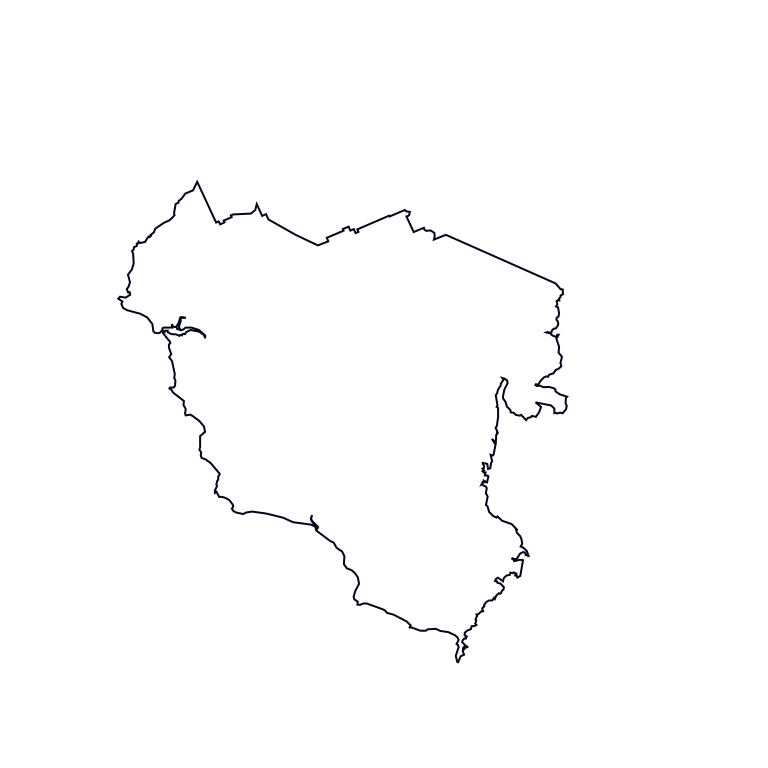 the district of George Town, Tasmania, Australia, rotated 236°
{"feature_id": "25037944B54594589896924", "entity_name": "George Town", "entity_type": "district", "adm_level": 2, "iso_a3": "AUS", "parent_name": "Australia", "parent_adm1": "Tasmania", "projection": "robinson", "projection_center": [146.946, -41.12], "detail": "fine", "context": "isolated", "style": "outline", "palette": "ink", "viewbox_px": 768, "rotation_deg": 236, "n_neighbors": 0, "source": "geoboundaries", "source_scale": "gbopen_adm2", "svg_char_len": 6166}
<svg xmlns="http://www.w3.org/2000/svg" viewBox="0 0 768 768"><g transform="rotate(236 384 384)"><path d="M606.5,223.8L602.9,223.1L602.3,224.5L599.9,223.5L600.1,218.1L604.0,213.9L603.3,211.4L598.7,213.3L597.2,211.0L592.9,210.2L588.7,212.4L578.7,221.1L571.7,224.9L563.2,225.5L556.8,222.3L554.7,222.6L552.5,225.0L551.8,227.0L552.7,230.3L554.1,231.5L553.8,233.1L549.1,240.1L550.0,240.6L550.3,239.7L550.5,240.8L552.4,241.6L549.4,241.3L547.5,243.4L549.7,248.3L552.9,251.9L553.0,253.2L550.9,255.7L549.6,256.6L552.6,252.4L549.9,250.7L546.2,246.0L543.7,245.7L545.9,243.7L545.5,243.2L542.1,245.7L541.4,248.1L541.7,251.0L538.4,255.9L532.3,260.8L524.2,262.9L521.9,261.3L525.2,262.2L530.9,259.9L537.0,253.8L537.6,249.1L536.6,246.9L538.1,245.2L537.3,243.6L538.7,242.3L538.4,241.2L541.4,239.4L544.3,235.6L547.9,233.7L549.2,234.5L551.1,231.3L550.0,231.0L550.7,230.5L549.9,229.2L538.3,230.2L537.4,229.7L537.0,227.8L534.4,226.0L527.8,224.3L526.3,220.8L521.6,221.1L509.4,216.2L506.3,213.5L503.5,213.0L499.3,209.7L498.7,207.7L500.8,204.4L500.3,203.6L497.6,204.6L495.0,204.3L481.8,208.6L478.6,206.0L474.0,205.6L471.0,202.7L468.9,202.0L466.9,206.3L464.4,207.5L456.7,210.2L449.5,211.0L444.4,208.9L443.6,202.4L434.4,196.2L432.8,194.2L429.6,194.2L427.1,192.1L424.8,191.5L421.1,194.0L415.3,196.1L401.3,197.6L399.7,194.6L397.2,192.9L397.0,191.6L394.3,188.7L392.8,188.7L390.4,184.3L388.3,183.0L388.4,184.8L382.5,184.2L381.1,186.5L378.0,189.0L374.2,190.8L368.7,191.2L366.6,190.3L365.7,188.1L362.6,188.2L360.1,189.6L354.8,194.7L354.7,197.5L351.9,203.4L342.4,214.0L329.7,225.5L320.3,231.3L308.1,245.0L301.9,248.3L302.8,249.0L308.0,247.4L312.4,247.6L313.6,248.4L315.6,251.1L313.0,248.2L310.8,247.8L302.3,249.4L301.3,247.9L303.0,246.9L300.4,245.9L283.7,251.7L280.8,253.6L274.6,253.1L268.6,255.6L263.5,254.9L257.0,250.0L252.1,250.1L247.8,253.0L243.3,254.2L238.4,254.2L232.3,251.6L228.4,244.3L224.5,239.8L222.2,239.0L218.2,240.5L216.0,238.6L214.3,240.6L213.5,244.4L211.6,247.0L198.2,256.8L195.4,258.3L192.6,258.5L187.5,262.9L174.5,270.0L168.9,271.1L167.5,268.4L167.6,269.7L166.6,270.8L159.1,276.2L156.1,280.7L156.2,283.0L152.1,290.0L147.7,292.7L142.3,298.6L136.3,302.2L133.1,303.2L130.1,302.8L127.8,298.7L126.1,299.4L124.2,298.8L118.5,291.5L112.5,289.3L111.9,289.9L115.4,295.2L114.8,299.0L118.4,299.9L120.2,301.5L119.3,302.3L120.2,303.6L119.3,305.3L119.3,307.0L120.7,303.5L120.1,302.5L120.9,302.2L121.6,304.4L120.9,305.5L126.4,304.4L127.6,306.1L128.1,308.5L127.2,309.4L128.4,311.4L130.5,310.3L132.6,311.9L133.0,315.4L132.2,319.0L134.2,321.2L132.7,323.9L132.6,325.9L134.4,325.7L136.2,328.1L137.6,328.2L139.7,331.5L141.2,331.8L140.4,333.4L141.1,337.6L140.2,339.1L143.1,339.9L143.6,342.8L144.6,343.1L146.0,346.6L146.0,349.5L144.0,352.9L145.2,355.7L143.8,355.7L145.7,358.6L146.4,362.1L145.2,362.8L145.2,364.0L146.6,366.2L146.8,368.0L148.5,369.8L153.5,368.9L155.7,366.9L157.3,367.3L158.5,365.9L159.6,367.1L159.9,369.7L159.3,370.4L153.9,372.3L156.1,374.8L156.7,378.4L155.4,381.8L157.0,383.2L155.1,385.1L155.3,386.2L152.6,387.7L151.6,387.1L152.5,385.0L150.8,386.8L148.9,386.3L148.7,389.7L160.2,400.7L162.3,398.4L164.3,392.9L167.2,393.1L167.8,391.8L167.6,393.3L166.5,393.4L165.1,395.6L165.1,397.1L167.3,402.0L166.8,405.5L165.5,406.5L162.9,405.9L160.7,407.7L165.7,409.0L170.4,408.0L172.8,406.4L174.3,409.3L178.7,411.3L181.8,411.8L185.8,411.0L190.4,412.2L187.9,413.0L196.5,411.5L204.5,405.5L210.8,404.0L210.3,402.6L213.3,400.8L219.1,399.6L224.7,401.4L226.7,400.9L232.7,407.0L236.5,407.4L240.2,410.9L241.9,411.2L244.1,409.6L246.2,409.9L246.2,408.7L247.7,411.1L246.4,412.3L247.8,412.9L244.9,414.4L249.0,418.9L250.0,418.8L251.8,416.5L253.8,418.7L254.6,417.3L256.5,416.9L256.3,418.6L258.8,418.3L258.5,419.8L259.8,421.0L264.2,421.8L262.2,422.1L261.6,423.7L259.9,424.9L255.4,422.7L254.7,425.0L258.5,428.5L259.6,430.5L265.7,432.8L263.9,434.2L264.3,435.5L271.4,442.6L278.2,442.7L273.1,444.1L279.2,448.7L279.3,449.8L280.6,450.5L280.2,451.1L285.4,452.1L285.9,453.9L293.0,460.3L300.4,465.2L303.0,464.3L302.1,464.8L302.9,466.2L312.1,470.3L313.3,472.9L315.5,475.2L317.6,480.0L318.9,481.0L320.7,485.4L322.9,485.4L320.9,487.1L318.0,488.1L315.6,486.9L312.0,480.6L307.2,475.7L305.3,474.6L301.5,474.8L296.6,473.3L291.6,474.2L289.7,473.2L287.5,475.5L284.7,476.0L281.7,479.0L281.7,480.5L274.6,481.6L275.4,484.3L274.4,487.0L274.8,488.8L271.8,491.7L274.1,497.2L277.2,501.4L284.0,499.4L272.8,510.5L268.4,511.5L264.6,508.9L264.0,510.4L262.8,511.0L261.7,514.1L259.9,515.6L261.2,520.7L263.6,523.2L266.6,523.9L270.6,526.9L271.1,528.7L276.9,524.1L282.0,522.0L283.2,523.0L285.4,522.5L289.4,519.1L292.2,514.4L295.6,512.2L296.7,509.8L298.4,508.9L298.9,509.8L297.2,511.5L299.0,515.3L300.0,520.0L299.7,522.6L298.2,524.1L299.4,526.0L298.1,530.3L299.6,534.4L299.0,537.4L299.6,541.0L302.8,542.1L307.1,546.8L312.3,546.2L316.8,549.9L325.1,552.2L327.2,556.3L328.0,555.1L326.7,553.1L330.1,550.7L333.7,549.8L334.5,548.8L335.4,548.5L335.3,547.8L336.0,547.3L335.6,548.6L332.8,551.3L334.5,553.2L334.9,555.7L334.0,557.5L335.0,560.3L336.2,562.0L338.7,563.1L341.0,562.9L342.3,564.2L342.4,566.4L344.7,568.7L350.4,571.2L352.0,569.9L353.3,572.4L356.1,573.4L356.4,574.6L355.2,576.1L357.0,577.0L357.4,578.9L358.6,579.9L358.4,582.6L362.5,585.0L363.8,583.4L371.4,582.5L473.1,518.7L475.8,506.1L478.3,508.8L481.2,510.2L485.2,508.5L487.4,504.6L489.5,503.8L491.2,504.4L493.4,493.6L510.4,496.3L509.8,497.8L510.1,499.6L512.3,501.6L514.8,498.9L516.6,498.6L519.8,482.2L520.7,482.3L527.1,448.4L524.4,447.9L525.0,444.8L529.3,445.6L530.0,441.9L534.2,442.6L535.5,436.6L533.7,436.2L537.2,418.3L533.4,417.6L535.9,406.7L556.8,394.3L585.1,380.2L590.8,381.2L591.5,377.0L604.3,379.1L600.2,374.5L599.7,369.0L609.0,353.6L609.4,351.3L607.5,351.0L609.1,342.5L607.2,342.2L607.9,337.5L611.3,337.8L611.7,335.1L656.1,342.2L651.3,334.0L653.0,325.8L650.8,319.7L650.6,316.2L649.3,315.0L649.7,311.9L643.0,305.4L641.1,304.8L640.2,301.2L639.7,297.4L640.7,291.9L640.7,281.2L638.4,278.0L638.1,273.9L637.1,273.8L636.9,271.7L637.8,271.6L637.7,270.4L635.4,265.3L637.2,260.7L639.2,260.2L638.0,258.9L638.7,257.6L636.7,256.3L637.2,253.2L635.4,251.5L635.1,249.4L632.4,248.9L623.9,243.9L620.0,239.1L617.8,232.9L610.4,230.3L607.6,226.8L606.5,223.8Z" fill="none" stroke="#020617" stroke-width="2"/></g></svg>